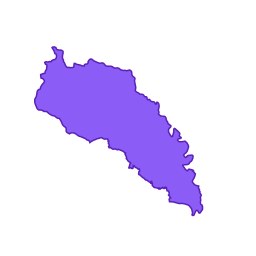 the district of Lap Thach, Vĩnh Phúc, Vietnam, rotated 311°
{"feature_id": "81297802B47675849617506", "entity_name": "Lap Thach", "entity_type": "district", "adm_level": 2, "iso_a3": "VNM", "parent_name": "Vietnam", "parent_adm1": "Vĩnh Phúc", "projection": "natural_earth1", "projection_center": [105.476, 21.411], "detail": "fine", "context": "isolated", "style": "filled", "palette": "violet", "viewbox_px": 256, "rotation_deg": 311, "n_neighbors": 0, "source": "geoboundaries", "source_scale": "gbopen_adm2", "svg_char_len": 5906}
<svg xmlns="http://www.w3.org/2000/svg" viewBox="0 0 256 256"><g transform="rotate(311 128 128)"><path d="M141.4,20.8L140.9,19.2L139.4,17.9L138.7,18.0L138.6,19.2L138.0,20.3L137.6,21.8L136.3,23.8L136.2,24.2L136.5,25.0L136.5,25.4L135.4,26.9L133.6,28.0L132.9,28.1L131.8,27.8L131.2,27.5L130.4,26.8L129.7,26.7L128.7,26.2L127.4,26.4L126.8,25.3L125.3,24.3L124.8,23.7L124.3,22.7L123.0,22.1L122.6,22.3L122.5,23.0L122.0,23.9L122.3,24.8L122.3,25.2L121.9,25.9L121.0,26.6L119.9,27.2L119.0,28.0L116.6,28.3L115.0,29.3L114.7,29.3L113.4,28.2L112.1,27.7L111.5,27.2L111.1,27.0L110.9,27.1L109.8,28.2L108.6,29.8L109.0,30.2L109.4,31.7L108.9,33.8L108.4,34.4L106.8,34.7L104.6,34.7L101.5,35.2L100.6,35.8L99.7,36.2L99.1,35.9L98.4,35.3L96.4,35.3L91.6,38.2L89.2,38.6L88.0,39.2L86.3,40.8L85.4,42.0L83.3,46.1L82.9,47.4L83.0,48.7L85.0,51.3L85.3,53.6L86.9,55.7L87.1,56.2L87.0,58.8L87.4,61.3L87.7,62.7L88.8,64.4L89.1,68.3L89.3,68.8L90.2,69.9L89.4,72.6L87.7,76.2L87.4,77.2L87.3,79.1L87.5,79.9L87.3,81.2L87.1,81.6L84.9,83.6L84.7,84.0L84.6,85.0L85.2,87.7L86.5,88.0L87.2,88.5L88.5,90.0L88.9,90.8L89.4,92.8L89.4,94.3L89.7,96.4L90.5,98.1L92.1,103.0L92.0,104.9L92.7,105.9L92.8,107.2L92.5,108.0L92.0,108.8L93.7,109.1L96.8,110.3L98.0,111.1L99.3,111.4L100.4,112.4L102.2,113.4L103.5,114.6L103.7,116.4L104.2,117.6L105.6,118.9L106.1,119.8L106.3,119.9L105.8,121.0L104.8,121.7L104.7,121.9L104.9,122.1L105.2,122.3L103.3,123.5L103.3,124.4L102.8,125.2L101.3,125.4L100.7,126.6L100.7,126.8L101.8,127.3L101.7,128.7L102.2,130.7L104.0,132.2L104.1,133.1L104.8,134.6L105.3,134.6L105.7,134.9L107.2,139.5L107.3,140.3L107.1,141.8L107.6,142.4L107.5,142.6L107.0,142.9L106.5,142.9L106.2,143.2L105.0,146.2L103.8,146.7L103.6,148.1L103.1,149.8L103.1,150.6L103.4,152.0L103.2,153.2L103.0,153.3L102.3,153.0L99.4,154.4L98.8,154.5L98.6,154.8L98.4,155.1L99.0,155.6L99.7,155.9L99.9,157.3L100.4,158.0L100.8,158.1L101.3,158.0L103.0,156.6L103.5,157.0L103.5,157.8L103.1,158.9L103.0,159.4L103.6,160.4L103.6,162.7L103.8,163.2L104.4,163.4L104.0,163.9L103.2,165.1L102.2,164.9L100.6,165.9L100.2,166.2L100.0,166.7L100.1,167.1L100.5,167.4L100.6,167.7L100.3,168.2L100.3,171.0L100.2,171.4L100.2,171.8L100.6,172.5L100.3,175.1L100.5,175.8L100.9,176.3L101.0,176.7L101.2,179.0L101.4,180.2L101.5,180.7L101.2,181.4L101.4,181.7L102.0,181.7L102.1,180.5L103.1,180.9L102.6,181.6L102.4,182.3L102.0,182.9L101.5,183.4L100.8,183.5L100.5,184.7L100.3,186.4L100.6,187.2L101.6,188.9L102.3,190.7L102.9,190.6L103.3,190.9L103.4,191.1L103.2,191.3L102.4,191.6L103.0,192.4L103.7,192.4L104.7,192.8L105.7,192.9L105.5,194.2L106.7,194.4L107.9,195.0L107.8,195.5L106.6,194.9L106.5,195.4L107.3,195.6L108.2,196.1L106.2,198.6L107.0,200.1L106.6,200.5L106.0,201.7L105.0,202.6L104.0,202.5L103.3,206.0L103.2,206.1L102.3,205.5L101.2,205.8L99.6,207.7L101.8,210.5L104.5,216.1L106.6,218.4L107.9,220.5L109.3,223.9L109.5,224.8L109.1,227.3L108.6,229.2L106.7,231.9L105.5,232.9L104.4,233.3L104.4,234.0L104.6,234.5L104.9,234.7L105.9,234.9L107.9,234.1L110.6,233.6L111.0,234.0L111.3,234.6L111.1,235.5L110.4,237.2L110.7,237.8L111.1,238.1L114.4,237.8L115.2,237.7L115.9,237.3L117.3,236.1L118.1,235.1L118.4,234.5L118.2,233.4L118.3,232.8L118.7,232.1L120.0,230.9L121.1,230.4L123.5,227.8L124.5,227.7L125.4,227.3L125.9,226.1L126.3,224.6L127.2,224.1L127.4,223.0L128.3,222.5L128.5,222.2L128.6,220.9L130.6,219.4L129.7,217.9L128.9,215.7L129.2,213.1L129.4,212.4L130.0,211.5L131.4,211.0L133.5,210.7L134.5,210.4L137.2,209.2L137.6,208.9L137.5,207.8L138.0,207.3L138.0,207.0L137.9,205.1L138.0,204.9L138.8,205.0L138.5,203.9L137.0,201.0L136.2,200.8L135.0,201.0L134.7,200.9L134.4,200.2L134.5,198.1L135.0,196.4L135.3,194.7L135.7,193.8L135.9,193.7L136.2,193.7L138.7,196.2L139.7,197.0L141.0,197.5L141.9,197.4L142.8,197.1L144.5,197.6L145.9,197.4L147.8,196.7L149.6,195.4L149.7,194.5L149.4,193.9L147.1,191.7L146.4,191.3L145.5,191.0L144.3,191.2L143.7,191.0L143.4,189.9L143.8,188.2L144.3,187.7L144.8,187.6L147.2,188.0L148.7,188.0L149.4,187.8L150.9,187.3L153.4,186.1L154.1,185.5L154.6,184.5L155.5,182.0L155.5,179.9L155.2,179.4L153.2,177.9L151.7,176.3L151.3,175.6L151.1,174.4L151.4,173.4L151.8,173.2L152.7,173.1L154.8,174.6L155.4,174.6L155.6,174.5L155.7,174.2L155.5,172.7L155.5,172.2L155.8,171.9L157.4,171.0L158.0,170.4L158.3,168.2L158.4,164.0L158.2,163.4L157.4,163.2L154.7,165.3L150.8,167.1L150.5,167.0L150.2,166.6L150.3,164.8L151.5,161.5L152.2,160.6L152.6,160.2L153.3,159.8L154.3,159.4L156.8,159.5L157.3,159.4L157.8,159.0L157.8,157.2L157.6,155.3L158.5,154.0L158.9,152.2L160.5,150.0L160.9,148.7L160.8,148.0L158.8,145.3L158.5,144.1L158.5,142.0L158.8,141.7L159.7,141.4L160.3,140.9L161.5,139.0L163.1,138.3L165.0,137.1L166.4,135.4L166.8,133.9L166.7,133.3L166.4,132.9L165.8,133.0L164.9,133.4L164.4,133.5L164.1,133.3L164.1,132.7L164.2,132.4L164.8,131.4L164.8,130.5L163.3,128.2L163.2,127.7L163.6,126.1L163.6,125.4L163.3,125.0L162.4,124.6L162.2,124.2L162.6,123.2L163.4,122.3L163.6,121.6L163.4,121.1L162.8,120.4L162.6,119.8L163.0,118.5L163.1,117.4L162.7,116.6L161.4,114.8L161.3,112.8L160.8,111.2L160.8,109.5L161.0,109.0L163.4,107.5L164.4,106.4L167.0,103.0L168.2,101.7L169.5,101.1L170.2,100.4L170.3,99.7L170.2,97.6L170.4,96.7L171.1,95.6L172.7,94.0L173.1,92.8L172.9,91.3L172.6,91.0L170.2,89.3L169.6,88.0L168.3,86.6L167.8,85.7L167.2,84.3L167.1,82.3L166.8,81.2L166.2,80.3L164.5,78.8L164.2,77.7L163.9,75.5L163.2,74.3L160.9,71.7L160.5,70.7L160.4,69.7L160.8,67.5L160.5,66.3L160.2,65.8L158.6,64.5L158.2,63.9L157.5,62.3L156.3,58.2L156.2,55.6L156.1,55.2L155.2,54.3L154.3,54.1L152.3,54.2L151.8,54.4L150.9,55.2L150.4,55.2L149.2,55.0L148.3,54.0L147.5,53.6L147.0,53.7L146.3,54.2L145.9,54.2L145.2,53.3L144.0,50.3L142.7,48.1L142.2,47.0L142.2,46.2L141.8,45.3L141.5,45.1L141.0,45.2L138.9,46.8L138.5,47.0L137.7,46.8L136.2,45.5L135.1,43.8L133.9,42.5L133.8,41.8L134.1,39.9L135.4,37.5L135.8,35.7L136.9,34.8L137.7,32.7L139.6,31.1L141.9,29.9L143.1,28.8L143.3,28.3L143.2,27.6L143.0,26.7L142.5,25.9L141.6,24.9L140.6,22.9L140.7,22.2L141.4,20.8Z" fill="#8b5cf6" stroke="#5b21b6" stroke-width="1.5"/></g></svg>